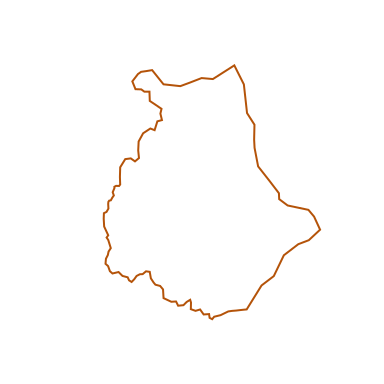 the district of Tropojë, Kukës, Albania, rotated 230°
{"feature_id": "67620474B51082079967557", "entity_name": "Tropojë", "entity_type": "district", "adm_level": 2, "iso_a3": "ALB", "parent_name": "Albania", "parent_adm1": "Kukës", "projection": "equal_earth", "projection_center": [20.083, 42.368], "detail": "fine", "context": "isolated", "style": "outline", "palette": "amber", "viewbox_px": 384, "rotation_deg": 230, "n_neighbors": 0, "source": "geoboundaries", "source_scale": "gbopen_adm2", "svg_char_len": 1590}
<svg xmlns="http://www.w3.org/2000/svg" viewBox="0 0 384 384"><g transform="rotate(230 192 192)"><path d="M317.1,226.5L315.1,217.4L307.1,214.8L303.2,219.1L299.5,220.0L296.2,223.9L288.9,218.2L275.3,222.1L272.4,218.2L266.4,215.2L268.4,210.9L263.4,203.1L267.4,200.9L268.4,192.3L265.0,183.6L258.4,177.5L252.1,173.2L252.1,168.0L257.1,166.7L260.1,162.0L257.1,152.9L249.8,146.4L243.9,141.8L243.5,140.0L245.5,137.8L245.9,135.9L244.8,135.0L242.8,131.1L239.6,129.9L238.9,127.3L237.8,124.5L238.6,123.0L238.2,121.6L236.7,120.1L233.0,117.3L231.7,113.7L232.4,110.9L228.3,107.2L222.0,102.5L212.7,100.0L212.0,97.3L209.1,97.0L201.2,93.7L200.0,89.8L197.8,87.0L196.2,83.2L192.6,79.6L189.2,80.1L184.1,78.2L180.7,78.7L177.9,84.3L172.4,84.8L168.0,87.9L164.8,87.0L161.9,87.9L162.3,91.7L163.3,95.6L162.5,99.2L160.8,101.4L160.8,105.8L158.0,108.3L152.3,105.0L147.4,104.4L144.5,104.4L140.5,107.2L136.0,107.2L129.0,102.0L121.2,105.6L118.4,109.4L113.8,108.3L110.8,112.7L111.2,117.2L110.6,121.3L108.0,120.2L103.0,115.8L98.7,118.3L96.8,122.7L90.7,122.2L87.5,126.6L84.3,124.6L81.6,125.7L82.2,128.8L79.3,134.7L77.2,143.0L75.3,146.1L73.1,149.2L73.0,149.3L70.9,152.5L68.7,155.8L66.9,158.4L75.7,185.2L75.0,200.6L84.5,221.7L83.7,239.9L80.0,250.5L80.8,265.9L94.7,269.7L103.5,269.7L120.2,256.6L130.5,254.2L135.2,257.8L150.7,258.5L169.1,259.1L185.6,268.3L192.1,273.2L203.4,283.1L217.1,284.9L241.1,300.9L261.8,305.8L265.1,280.6L273.1,272.6L277.3,260.3L280.6,251.1L292.8,239.4L311.0,239.8L313.0,236.4L314.3,234.2L315.0,233.1L315.3,232.6L316.8,230.2L316.9,228.3L317.1,226.5Z" fill="none" stroke="#b45309" stroke-width="2"/></g></svg>